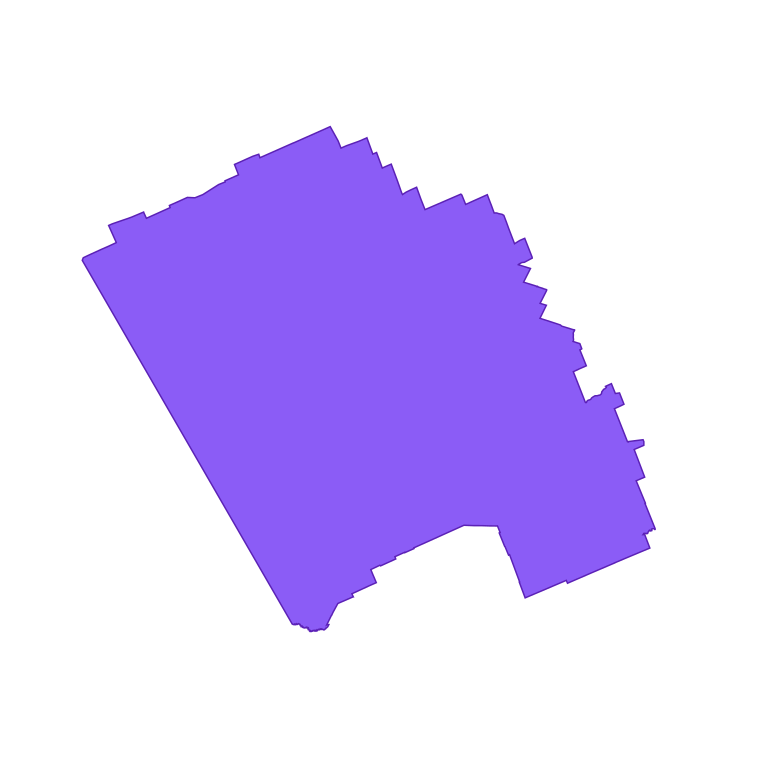 Balonne, Queensland, Australia (Equal Earth projection), rotated 60°
{"feature_id": "25037944B99375808826492", "entity_name": "Balonne", "entity_type": "district", "adm_level": 2, "iso_a3": "AUS", "parent_name": "Australia", "parent_adm1": "Queensland", "projection": "equal_earth", "projection_center": [148.683, -28.285], "detail": "fine", "context": "isolated", "style": "filled", "palette": "violet", "viewbox_px": 768, "rotation_deg": 60, "n_neighbors": 0, "source": "geoboundaries", "source_scale": "gbopen_adm2", "svg_char_len": 5738}
<svg xmlns="http://www.w3.org/2000/svg" viewBox="0 0 768 768"><g transform="rotate(60 384 384)"><path d="M126.3,583.5L546.0,583.5L546.2,583.2L546.6,583.1L546.8,582.8L547.1,582.7L547.3,582.3L547.6,582.0L547.6,581.9L547.2,581.5L547.5,581.3L547.8,581.4L548.0,581.3L547.9,580.9L548.3,580.6L548.3,580.4L548.1,580.2L547.9,580.2L547.7,580.0L547.7,579.8L547.8,579.8L548.3,579.9L548.6,579.8L548.7,579.7L548.7,579.3L548.8,579.2L548.7,579.1L548.6,578.9L548.8,578.2L548.8,577.8L549.0,577.7L549.2,577.9L549.4,577.8L549.7,577.2L549.9,577.2L550.2,576.9L550.4,577.0L550.8,576.9L551.1,577.0L551.2,577.3L551.4,577.3L551.6,577.0L551.7,576.7L551.9,576.6L552.1,576.6L552.2,576.8L552.5,577.0L552.8,577.1L552.9,576.9L552.7,576.6L552.8,576.3L552.8,576.0L552.8,575.9L553.3,575.9L553.7,576.2L554.0,576.2L554.4,575.9L554.7,575.7L554.8,575.6L554.7,575.3L555.0,575.3L555.2,575.1L555.4,575.0L555.6,574.7L555.9,573.9L555.8,573.6L555.7,573.3L555.7,573.0L555.8,572.8L555.9,572.7L556.2,572.6L556.4,572.6L556.7,572.6L556.9,572.7L557.0,572.6L557.1,572.4L557.2,572.2L556.9,572.1L556.7,572.2L556.4,572.1L556.7,571.8L557.1,571.4L557.3,571.4L557.4,571.6L557.6,571.9L557.7,572.0L558.0,572.0L558.1,571.7L558.3,571.7L558.4,571.8L558.5,572.1L558.8,572.5L559.0,572.4L558.9,572.1L559.0,571.9L559.5,571.8L559.8,571.5L560.6,571.1L561.0,571.4L561.0,571.5L561.0,571.9L561.4,571.8L561.6,571.4L561.7,571.0L562.0,570.6L561.9,570.5L561.7,570.5L561.7,570.3L562.0,570.1L562.3,569.5L562.3,569.4L562.0,569.3L561.9,569.2L561.9,568.8L562.0,568.6L562.3,568.5L562.3,568.2L562.7,568.1L562.8,567.9L563.1,567.8L563.1,567.7L562.9,567.3L563.1,567.3L563.1,567.1L562.9,567.0L562.8,566.8L562.9,566.7L563.6,567.0L563.7,566.9L563.8,566.8L563.9,566.6L563.7,566.4L563.9,566.0L563.9,565.8L563.8,565.7L564.1,565.7L564.3,565.6L564.2,565.3L564.3,565.0L564.3,564.7L564.2,564.6L563.7,564.7L563.8,564.3L563.7,564.0L563.8,563.8L563.7,563.6L563.7,563.4L563.8,563.3L564.3,563.1L564.5,563.0L564.6,562.9L564.6,562.5L564.7,562.1L564.5,561.9L564.2,561.8L564.1,561.7L564.4,561.5L564.6,561.5L564.7,561.3L564.7,560.9L564.8,560.8L564.8,560.7L564.9,560.4L565.1,560.5L565.2,560.8L565.3,560.9L565.7,560.2L566.3,559.3L566.4,559.2L566.7,559.2L566.9,559.1L567.0,558.9L567.0,558.1L566.7,557.5L566.7,557.3L566.8,557.3L566.8,557.0L566.8,556.9L566.4,556.6L566.4,556.3L566.5,555.9L566.1,554.1L564.8,552.1L563.9,553.6L563.9,553.9L558.2,545.4L558.2,545.1L556.3,542.4L551.0,533.7L552.9,517.2L553.0,517.0L549.6,516.7L551.3,498.2L552.2,490.0L548.9,489.6L547.5,489.4L544.0,489.0L538.1,488.2L538.9,478.2L539.8,477.9L541.4,461.3L539.0,460.9L540.1,450.2L540.5,450.3L541.5,440.3L540.8,440.1L546.3,385.4L551.4,377.3L555.6,370.1L559.5,363.8L563.7,356.7L570.7,357.7L570.6,358.7L585.0,360.7L585.4,360.5L594.5,361.7L594.6,360.6L623.2,365.5L623.2,365.9L639.8,368.7L645.2,324.3L648.3,324.7L651.3,298.6L654.3,273.7L654.2,273.7L655.8,260.9L659.0,235.8L644.7,233.5L644.0,234.9L643.8,234.4L643.3,233.9L643.4,233.7L643.7,232.8L643.9,232.5L644.5,231.9L644.6,231.4L645.0,231.3L645.2,230.7L645.1,230.2L644.9,229.9L644.6,229.7L644.3,229.4L644.1,228.7L644.0,228.4L643.5,227.8L643.4,227.5L643.4,226.9L643.5,226.8L643.8,226.8L644.0,226.9L644.3,226.8L644.6,226.6L644.6,226.4L644.9,225.4L644.7,225.2L644.3,225.1L644.0,224.8L643.5,224.8L643.5,224.4L643.7,223.5L644.1,222.8L644.3,222.6L644.5,222.4L645.2,222.4L645.4,222.3L645.5,222.1L645.5,221.9L645.4,221.8L644.9,221.6L644.7,221.5L617.9,217.7L617.9,217.2L593.9,214.0L595.0,204.8L565.8,200.1L567.0,189.6L563.9,187.8L561.8,187.5L555.7,201.9L555.8,201.9L555.7,202.0L520.6,196.8L521.3,189.6L521.5,186.3L509.5,184.5L507.9,188.4L497.4,186.9L496.8,193.2L497.3,193.0L497.7,192.9L498.0,193.1L498.2,193.3L498.3,193.7L498.3,194.2L498.4,194.5L498.6,195.2L498.4,196.2L498.5,196.7L499.1,197.9L499.4,198.7L499.5,199.1L500.2,199.8L500.6,200.0L501.1,200.6L501.4,201.4L501.5,202.2L501.4,203.1L501.1,203.7L500.8,205.1L500.6,205.5L500.0,206.6L499.7,207.3L499.7,208.7L499.7,209.5L499.9,211.2L500.5,212.3L500.6,212.7L500.6,213.1L500.6,213.6L500.5,213.9L500.4,214.3L500.3,214.6L500.2,215.0L500.1,215.8L500.2,216.4L500.4,216.8L501.2,217.9L501.2,218.2L501.1,218.5L500.8,218.7L500.5,218.8L500.2,218.8L499.9,218.8L499.8,218.7L468.0,213.9L468.6,207.0L469.4,199.7L452.4,197.3L452.5,195.2L452.4,195.1L447.0,194.2L441.7,199.0L441.4,198.6L441.2,198.4L440.8,198.0L440.0,197.5L439.5,197.3L438.3,196.8L437.0,196.0L436.0,195.3L435.6,195.2L434.8,194.8L434.5,194.6L433.8,193.9L433.4,193.0L432.8,192.3L432.7,192.0L432.4,191.9L431.3,193.2L422.7,201.2L421.1,201.7L417.7,204.7L405.1,216.1L397.0,204.0L392.2,208.5L384.7,197.0L384.0,196.1L383.6,196.0L380.5,198.9L380.4,198.8L377.1,201.9L376.4,202.1L376.5,202.3L376.3,202.6L376.2,202.4L365.6,212.2L357.2,199.4L347.8,208.1L347.7,208.0L347.7,204.0L348.8,201.5L349.1,192.7L348.2,192.3L328.2,189.3L327.6,194.2L327.6,196.0L327.8,200.8L312.0,198.3L304.7,197.0L297.9,195.9L296.1,196.9L293.8,199.5L292.3,200.8L291.5,202.1L291.0,203.1L281.9,201.5L281.6,201.5L271.7,199.9L269.3,223.5L259.3,222.1L258.0,222.5L253.5,261.3L244.2,259.9L242.2,259.6L229.9,257.4L229.3,263.4L228.9,269.1L229.2,273.2L227.9,273.2L225.4,272.8L220.2,271.8L215.8,271.0L215.4,270.9L197.2,267.8L196.7,271.8L196.1,277.5L179.8,274.7L179.3,278.7L162.2,275.7L162.2,276.2L161.2,284.6L158.9,297.2L158.2,303.3L150.7,302.2L146.5,302.1L134.3,301.9L134.2,301.9L130.0,341.8L129.9,341.9L126.0,378.3L122.4,377.6L121.2,383.6L119.1,403.7L130.1,405.4L128.5,420.1L129.6,420.5L128.6,427.5L129.4,446.2L128.2,454.6L124.1,461.0L123.6,466.1L123.2,470.3L122.1,480.6L124.3,481.0L122.3,500.9L121.7,506.9L116.0,506.4L114.9,506.2L113.3,519.0L112.6,523.0L110.8,532.1L109.9,536.8L109.4,539.5L109.0,543.2L126.6,545.0L127.7,545.2L127.0,553.2L126.1,561.3L125.0,572.8L124.6,577.3L124.3,581.3L125.6,583.0L126.3,583.3L126.3,583.5Z" fill="#8b5cf6" stroke="#5b21b6" stroke-width="1.5"/></g></svg>